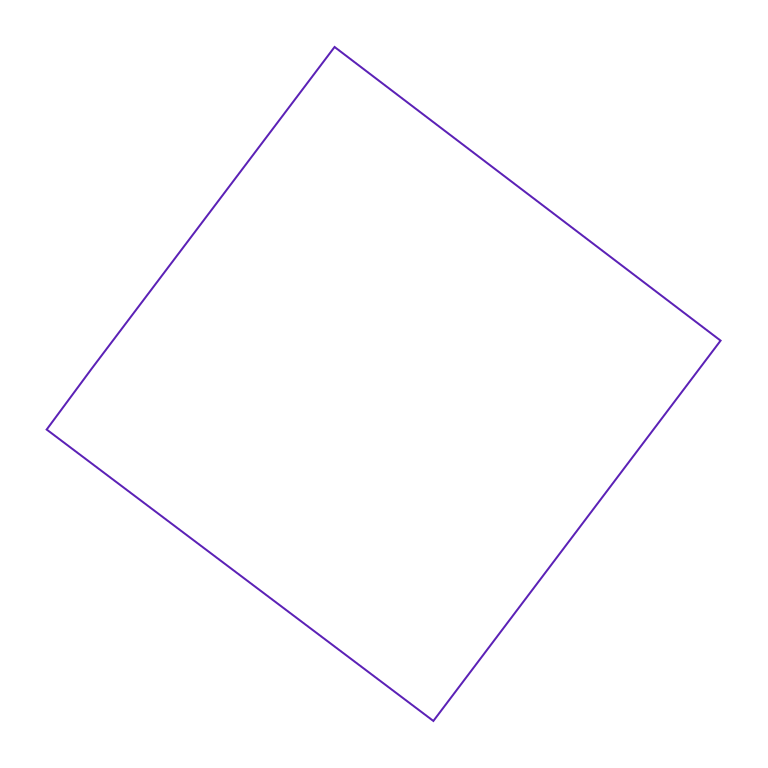 Glasscock, Texas, United States of America (Robinson projection), rotated 307°
{"feature_id": "52423323B694996530293", "entity_name": "Glasscock", "entity_type": "district", "adm_level": 2, "iso_a3": "USA", "parent_name": "United States of America", "parent_adm1": "Texas", "projection": "robinson", "projection_center": [-101.592, 31.869], "detail": "fine", "context": "isolated", "style": "outline", "palette": "violet", "viewbox_px": 768, "rotation_deg": 307, "n_neighbors": 0, "source": "geoboundaries", "source_scale": "gbopen_adm2", "svg_char_len": 238}
<svg xmlns="http://www.w3.org/2000/svg" viewBox="0 0 768 768"><g transform="rotate(307 384 384)"><path d="M144.6,626.2L621.2,626.7L623.4,141.7L220.4,141.3L144.6,142.0L144.6,626.2Z" fill="none" stroke="#5b21b6" stroke-width="2"/></g></svg>